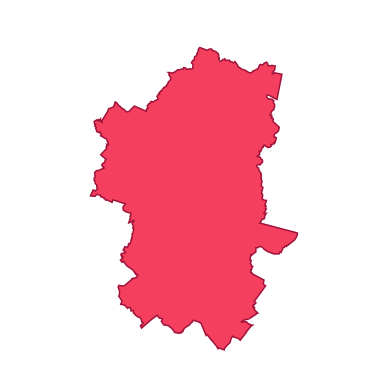 the district of Fresnillo, Zacatecas, Mexico, rotated 105°
{"feature_id": "50627088B93834363846203", "entity_name": "Fresnillo", "entity_type": "district", "adm_level": 2, "iso_a3": "MEX", "parent_name": "Mexico", "parent_adm1": "Zacatecas", "projection": "orthographic", "projection_center": [-103.067, 23.225], "detail": "fine", "context": "isolated", "style": "filled", "palette": "rose", "viewbox_px": 384, "rotation_deg": 105, "n_neighbors": 0, "source": "geoboundaries", "source_scale": "gbopen_adm2", "svg_char_len": 6040}
<svg xmlns="http://www.w3.org/2000/svg" viewBox="0 0 384 384"><g transform="rotate(105 192 192)"><path d="M313.5,103.1L313.1,103.3L306.2,100.2L304.9,99.0L305.2,101.4L304.8,101.7L305.2,102.2L303.4,105.7L303.5,107.3L305.0,111.1L302.1,108.5L299.7,104.0L293.4,98.4L292.9,98.7L292.4,98.3L292.0,97.1L289.3,101.5L287.6,101.6L287.3,103.4L286.4,102.9L286.2,103.4L285.3,103.7L285.2,103.0L282.5,101.5L281.5,103.5L263.6,96.6L262.6,99.3L258.4,99.7L255.3,113.1L254.8,112.9L254.4,114.4L253.9,114.3L253.8,114.8L252.1,114.5L252.0,114.9L251.5,114.4L250.5,114.7L248.6,114.1L248.7,114.6L248.0,114.8L247.4,115.8L246.7,115.9L245.7,117.2L242.7,117.1L242.7,118.4L237.5,119.0L238.1,118.3L233.1,114.8L229.3,115.9L228.8,114.1L227.0,112.3L227.1,109.9L228.6,107.6L230.0,103.6L230.6,96.6L229.2,91.8L227.1,91.4L227.3,90.3L221.8,89.4L221.6,88.5L220.4,88.1L220.0,87.1L218.1,86.1L219.3,86.1L212.0,80.6L209.1,79.6L205.8,79.2L204.3,79.6L204.4,118.5L203.6,117.9L200.5,117.5L200.2,116.5L199.4,116.4L199.0,115.1L196.0,115.6L194.7,114.9L194.0,115.5L193.4,115.0L193.9,117.0L189.2,115.8L188.9,116.9L186.6,116.7L186.1,118.1L180.9,117.9L181.2,120.5L180.6,122.4L176.5,123.0L175.8,123.5L175.6,124.5L169.2,124.7L168.3,126.3L167.4,126.9L163.4,127.1L161.5,128.7L160.1,128.7L159.2,129.4L158.1,129.4L156.2,130.1L153.6,132.9L151.6,133.9L151.0,135.7L150.2,136.5L148.3,135.3L148.4,133.8L147.6,132.8L146.5,132.8L145.5,131.7L144.7,131.6L143.0,132.2L142.5,132.7L142.5,133.9L141.1,134.7L140.7,135.5L140.6,136.7L141.1,137.2L140.6,138.2L139.4,137.6L138.5,136.3L137.5,137.0L136.3,136.6L135.2,137.6L135.1,136.4L134.6,136.0L132.3,135.9L130.8,135.5L130.3,134.8L129.4,135.1L128.0,134.6L127.8,134.1L128.8,133.0L128.8,131.7L129.4,130.3L128.4,128.1L126.7,127.1L125.7,128.0L125.0,126.4L122.8,125.3L123.5,124.8L121.4,124.5L117.8,124.5L117.4,125.7L117.7,126.8L115.1,127.4L113.8,126.7L113.1,125.7L110.6,124.3L106.9,124.4L102.9,132.0L102.3,132.4L101.3,132.1L100.1,132.6L99.6,134.9L98.4,134.2L98.0,135.0L97.1,135.0L97.1,136.7L96.4,136.3L92.8,135.7L91.4,134.3L90.7,134.8L89.1,134.2L86.2,134.8L84.3,136.8L82.8,136.5L81.6,138.5L82.3,142.8L80.8,144.4L79.9,144.6L78.8,144.5L78.6,142.9L80.7,133.9L55.0,135.6L55.5,143.0L55.9,143.0L57.0,145.0L55.5,145.1L52.9,143.7L48.7,144.3L49.1,145.3L48.9,147.0L49.2,148.2L49.9,148.5L50.2,151.4L48.7,151.9L47.3,153.7L48.8,155.5L51.1,156.8L51.0,158.8L51.9,159.7L55.3,159.9L58.4,162.9L59.1,164.3L61.3,165.3L62.0,167.9L60.6,171.9L60.6,175.0L58.8,180.3L57.4,181.0L54.9,184.3L55.7,184.4L56.6,185.6L55.9,187.1L56.4,188.6L55.0,189.8L56.2,193.8L54.8,194.7L55.7,195.5L55.9,196.4L58.1,197.5L58.4,198.7L56.6,200.7L55.8,200.2L54.2,201.4L52.4,201.7L51.6,202.4L50.1,205.5L50.0,209.0L49.6,208.9L48.8,210.5L49.5,212.3L51.2,213.9L50.4,221.9L52.8,222.9L53.6,222.2L55.5,222.8L56.6,222.6L57.0,223.1L59.0,222.8L60.5,224.4L64.6,224.3L64.7,225.2L67.0,226.0L67.5,225.9L68.2,224.5L69.7,223.7L72.6,223.4L73.5,224.3L73.5,225.9L74.9,228.9L73.8,230.5L73.9,232.2L75.8,232.6L75.9,233.9L76.8,234.9L77.7,237.5L80.4,239.5L81.9,241.5L82.6,243.1L82.3,244.3L82.7,245.6L83.0,244.7L84.8,244.7L86.5,242.7L87.9,241.8L88.8,241.8L92.2,243.4L94.0,243.5L95.8,244.4L96.5,244.1L98.7,246.5L102.3,247.7L102.7,247.9L102.5,248.3L103.6,248.6L104.2,249.3L105.8,248.8L105.5,249.5L108.8,250.6L110.0,249.3L111.2,249.0L115.1,253.0L115.0,254.6L115.6,255.4L116.5,255.1L118.3,256.8L120.6,257.5L122.3,256.2L123.5,257.4L125.8,257.2L123.9,269.9L130.6,273.8L131.5,276.2L129.8,279.0L129.2,281.6L127.7,284.0L127.9,284.6L126.0,286.8L124.8,289.1L125.0,289.6L128.6,289.6L130.3,290.1L133.3,294.1L136.4,294.4L146.1,297.4L148.0,296.9L147.4,299.1L146.2,298.7L145.9,299.3L145.3,299.4L146.6,300.0L146.3,300.7L147.3,300.7L147.0,301.4L147.6,301.8L146.8,302.5L149.2,304.8L151.3,303.7L151.5,302.8L152.3,303.3L153.5,302.3L153.9,302.5L154.4,301.2L155.8,301.4L156.7,300.2L157.9,300.0L158.5,299.1L158.5,297.6L157.9,296.8L158.6,296.9L158.4,296.1L159.5,295.0L159.2,294.6L160.1,294.4L161.3,294.9L163.1,288.1L167.6,285.1L168.0,286.5L168.7,285.5L169.4,286.4L170.6,286.7L171.7,285.7L179.7,289.8L182.8,283.5L183.7,284.0L186.2,284.2L187.6,285.7L189.4,286.1L189.8,285.3L190.7,285.0L190.7,283.8L191.5,283.1L195.2,287.5L196.0,289.7L198.3,291.1L202.3,289.6L203.5,289.6L203.7,290.1L205.9,289.6L205.8,289.2L209.0,287.5L209.9,285.5L211.5,285.5L213.4,284.2L216.0,285.6L215.6,288.0L222.0,289.1L221.6,285.9L221.0,284.4L219.0,283.5L218.9,279.2L220.1,279.1L220.5,275.2L221.1,275.2L221.5,273.5L222.1,273.4L221.7,271.7L222.7,266.5L220.0,266.3L220.7,253.2L224.2,254.8L227.1,253.9L228.2,250.9L228.3,245.4L231.6,245.4L231.6,244.9L238.2,245.1L237.2,243.6L235.1,241.5L234.5,241.5L234.7,240.9L235.5,240.6L238.1,241.7L239.9,239.9L242.2,239.9L242.6,238.8L246.7,238.5L248.3,239.1L249.4,238.4L251.7,238.4L252.7,237.8L253.0,238.4L258.3,238.4L258.3,239.8L262.2,239.8L262.2,242.8L265.1,242.9L265.1,243.4L266.1,243.4L267.3,240.6L268.1,240.7L269.6,244.3L271.2,244.4L271.3,243.5L272.2,243.5L272.4,242.1L273.8,242.6L273.9,241.8L276.4,243.5L277.8,241.6L277.1,241.0L277.5,240.5L276.7,240.2L280.2,235.8L282.5,229.1L285.3,225.8L284.8,225.7L285.7,224.4L286.2,224.5L286.2,223.0L289.0,223.6L291.1,227.3L291.3,227.0L300.0,233.1L300.8,234.8L301.1,238.5L303.2,238.7L306.5,236.3L310.9,235.4L311.5,235.9L315.4,231.4L318.9,231.8L318.8,227.5L320.4,225.5L320.5,224.4L321.0,224.0L320.2,223.5L319.6,221.5L322.7,220.1L321.7,218.1L324.3,217.1L324.5,215.7L325.7,214.6L326.9,211.0L326.6,210.2L327.6,208.5L330.6,206.8L331.0,205.3L332.3,205.4L333.2,206.7L334.5,206.2L334.8,207.0L336.5,205.5L325.4,198.0L320.1,193.6L322.2,191.2L322.0,187.7L324.8,188.2L327.7,184.8L327.1,179.8L328.1,178.8L328.3,177.6L330.0,174.7L332.1,172.5L332.0,168.9L331.3,166.8L330.7,166.7L330.7,165.8L329.9,165.3L328.8,165.2L328.9,164.7L326.2,164.3L324.4,163.2L321.5,160.4L317.9,158.6L317.9,158.2L315.5,157.6L315.9,150.7L316.4,150.2L316.1,149.6L326.9,141.3L326.0,141.0L326.2,139.9L329.2,136.1L329.3,135.5L329.8,135.4L330.1,134.1L330.5,134.1L334.3,128.7L336.7,126.3L335.7,125.9L336.2,120.1L335.0,120.2L331.2,118.5L327.6,116.3L323.3,116.3L320.7,115.3L321.3,114.1L321.4,109.6L322.7,107.1L313.5,103.1Z" fill="#f43f5e" stroke="#9f1239" stroke-width="1.5"/></g></svg>